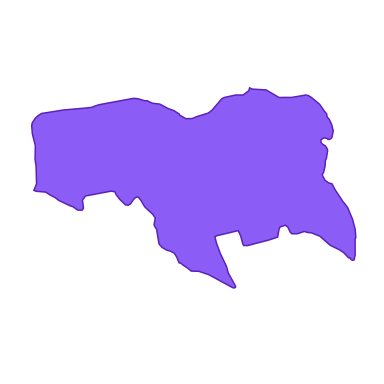 San Vicente Pacaya, Escuintla, Guatemala, rotated 262°
{"feature_id": "79465075B46542077194483", "entity_name": "San Vicente Pacaya", "entity_type": "district", "adm_level": 2, "iso_a3": "GTM", "parent_name": "Guatemala", "parent_adm1": "Escuintla", "projection": "mercator", "projection_center": [-90.654, 14.339], "detail": "fine", "context": "isolated", "style": "filled", "palette": "violet", "viewbox_px": 384, "rotation_deg": 262, "n_neighbors": 0, "source": "geoboundaries", "source_scale": "gbopen_adm2", "svg_char_len": 2227}
<svg xmlns="http://www.w3.org/2000/svg" viewBox="0 0 384 384"><g transform="rotate(262 192 192)"><path d="M215.7,35.6L214.4,37.7L212.3,47.0L208.7,51.2L205.5,55.7L202.3,58.8L196.5,67.5L194.9,70.0L194.2,71.8L190.0,76.3L189.3,80.9L191.2,82.3L199.2,82.4L202.9,86.0L204.1,112.2L202.9,115.6L201.6,116.1L199.8,116.6L195.1,119.2L188.5,124.3L187.8,127.0L188.7,129.3L193.0,133.4L194.4,135.3L194.6,137.2L194.1,138.5L192.6,139.1L191.2,140.1L185.5,142.4L183.2,143.6L181.2,145.3L179.4,146.7L175.4,150.0L171.4,152.0L165.0,149.9L164.1,150.0L162.3,150.6L160.3,151.7L145.1,152.1L141.2,154.7L137.8,159.1L136.4,162.5L133.9,165.9L129.7,167.8L124.7,169.0L123.5,169.5L123.1,170.9L120.2,173.7L117.2,177.1L113.8,180.2L112.5,187.7L107.9,196.9L91.5,219.1L91.1,220.6L91.5,221.8L92.8,222.0L106.9,216.6L113.5,215.8L127.5,211.4L138.1,209.1L144.5,208.5L145.2,210.1L147.3,232.4L141.6,234.1L133.4,235.1L131.8,235.8L131.2,239.6L133.8,261.8L135.4,270.5L143.2,273.1L145.1,274.3L146.1,279.9L143.7,282.1L138.4,283.7L136.7,285.2L136.0,290.7L137.3,297.7L135.7,301.2L135.0,304.5L130.4,312.5L120.1,321.3L114.0,330.3L110.5,334.1L106.1,337.1L104.8,338.3L104.7,339.4L102.9,340.2L102.1,341.3L102.2,343.1L107.0,344.8L122.8,347.0L124.2,347.9L132.3,348.4L142.6,347.2L154.8,344.0L159.3,341.6L161.4,340.2L174.6,333.9L180.6,331.8L182.1,328.5L185.1,325.4L189.0,323.9L190.2,323.5L191.9,323.8L192.8,324.9L198.5,327.2L204.9,328.6L206.4,329.7L214.1,332.1L216.4,331.8L219.2,330.4L221.6,327.5L222.5,327.0L224.4,326.7L226.0,327.2L227.3,330.6L226.1,333.4L225.1,334.1L224.9,335.5L226.2,338.0L232.8,340.4L239.4,339.7L244.7,338.1L247.4,336.3L250.7,336.2L253.5,334.4L261.1,330.6L269.0,323.4L271.2,320.8L272.2,318.3L271.8,304.0L273.5,291.3L282.8,279.6L285.5,266.0L286.5,264.5L287.1,263.6L284.4,262.3L280.9,256.0L282.0,248.9L281.1,237.1L280.2,234.5L270.2,223.2L267.9,219.1L266.0,207.4L264.7,202.3L265.5,196.1L269.5,190.9L271.1,190.1L275.0,185.6L278.0,179.9L283.5,172.4L285.3,165.5L287.4,162.0L288.6,160.5L289.0,157.7L291.8,151.7L292.9,147.2L291.4,112.5L290.5,106.9L289.8,104.8L289.9,99.1L291.1,76.3L290.7,53.8L288.9,50.1L287.1,47.3L282.8,43.5L280.2,42.5L271.7,42.0L260.0,43.3L254.0,42.4L246.1,41.1L239.5,41.2L221.6,39.2L215.7,35.6Z" fill="#8b5cf6" stroke="#5b21b6" stroke-width="1.5"/></g></svg>